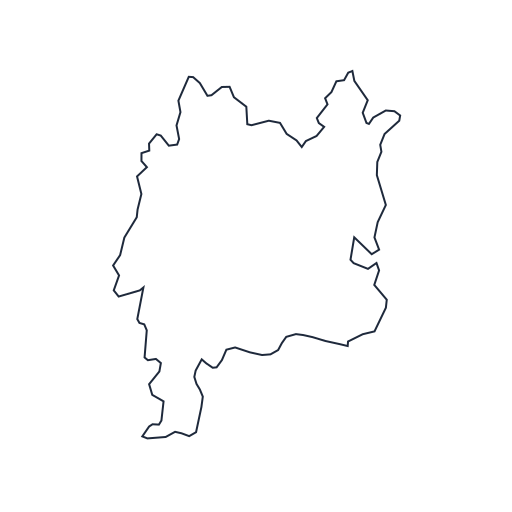 the border of Worcestershire, rotated 282°
{"feature_id": "GBR-2776", "entity_name": "Worcestershire", "entity_type": "Administrative County", "adm_level": 1, "iso_a3": "GBR", "parent_name": "United Kingdom", "parent_adm1": "", "projection": "equal_earth", "projection_center": [-2.174, 52.204], "detail": "fine", "context": "isolated", "style": "outline", "palette": "slate", "viewbox_px": 512, "rotation_deg": 282, "n_neighbors": 0, "source": "natural_earth", "source_scale": "10m", "svg_char_len": 1771}
<svg xmlns="http://www.w3.org/2000/svg" viewBox="0 0 512 512"><g transform="rotate(282 256 256)"><path d="M457.0,311.8L447.7,315.8L431.6,332.9L418.3,330.6L409.1,336.4L408.7,339.0L415.8,341.9L425.3,352.7L426.4,361.3L423.4,367.8L418.1,368.0L402.1,356.4L390.6,354.4L384.0,357.0L373.2,355.1L360.2,357.4L332.9,372.4L314.4,368.0L298.8,368.0L287.8,375.1L281.8,368.8L294.7,348.2L272.0,349.2L269.3,353.0L266.7,368.2L274.2,375.3L267.5,379.4L252.3,377.7L240.4,393.0L232.4,393.8L206.9,387.6L201.7,376.7L191.5,363.8L187.0,364.4L187.2,356.2L187.3,341.5L188.4,328.2L188.5,318.6L187.9,311.3L183.2,302.4L176.2,299.4L168.6,297.2L162.8,290.6L160.4,282.5L160.5,270.0L162.2,254.6L158.2,246.5L147.1,244.3L138.9,240.6L137.7,236.9L140.7,229.6L143.6,224.4L131.4,220.8L124.9,220.8L118.5,224.4L113.8,228.8L107.4,233.2L96.9,234.0L82.9,234.0L71.2,234.0L65.9,228.1L67.1,220.0L67.2,213.4L60.2,205.3L55.0,187.7L55.9,182.3L67.0,186.9L69.9,189.8L70.9,196.1L75.4,197.7L94.6,195.8L98.6,183.4L108.4,178.1L123.0,185.5L131.5,185.2L134.5,179.5L131.6,171.9L133.6,168.1L160.6,164.6L165.9,160.9L166.3,155.9L169.6,153.0L201.8,152.4L198.2,149.5L187.8,130.1L192.8,124.0L208.5,126.1L217.0,118.2L228.6,122.9L246.7,123.4L269.1,131.3L276.9,130.5L292.8,131.0L309.1,123.1L320.2,130.8L325.1,124.2L332.8,122.6L336.9,129.7L343.7,128.0L354.4,133.5L354.0,137.8L345.8,147.8L348.6,155.7L354.4,156.5L367.2,151.1L381.0,152.2L391.8,147.8L417.3,153.0L417.9,157.3L413.5,165.1L402.6,175.2L404.0,179.0L414.2,187.4L416.0,195.0L406.7,201.4L400.0,215.5L383.1,220.1L383.0,224.4L391.0,240.4L391.2,251.8L381.8,260.6L377.5,271.6L372.1,278.1L378.8,280.9L386.0,290.3L396.5,295.8L399.1,289.8L403.6,286.8L419.2,294.4L424.7,290.8L432.0,295.7L443.6,298.3L446.3,305.6L454.5,308.1L457.0,311.8Z" fill="none" stroke="#1e293b" stroke-width="2"/></g></svg>